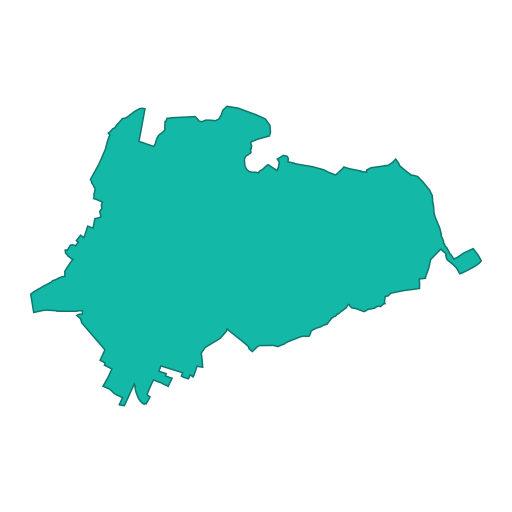 Teius, Alba, Romania
{"feature_id": "2599482B68392846868701", "entity_name": "Teius", "entity_type": "district", "adm_level": 2, "iso_a3": "ROU", "parent_name": "Romania", "parent_adm1": "Alba", "projection": "mercator", "projection_center": [23.717, 46.211], "detail": "fine", "context": "isolated", "style": "filled", "palette": "teal", "viewbox_px": 512, "rotation_deg": 0, "n_neighbors": 0, "source": "geoboundaries", "source_scale": "gbopen_adm2", "svg_char_len": 6004}
<svg xmlns="http://www.w3.org/2000/svg" viewBox="0 0 512 512"><path d="M124.4,405.7L129.8,393.8L132.5,387.9L134.3,384.0L134.7,384.6L135.3,389.5L136.3,393.1L137.6,396.3L138.0,397.5L139.3,399.6L141.0,401.9L142.4,403.2L144.2,404.3L145.5,403.3L146.2,403.8L149.2,398.5L150.0,396.8L148.3,395.7L147.1,394.6L147.3,394.0L149.1,389.5L150.6,386.0L152.0,382.9L153.7,379.8L154.1,379.9L155.2,380.6L157.1,381.4L158.7,382.1L159.9,382.4L160.7,382.6L162.0,383.3L164.0,384.4L165.2,385.0L166.5,385.3L166.8,385.5L167.3,385.9L168.1,386.4L172.1,378.2L165.4,376.0L166.3,373.8L166.2,373.6L165.1,373.2L158.9,371.3L159.0,371.0L160.9,366.0L165.3,367.3L177.0,371.0L182.6,372.7L181.4,376.2L182.5,376.7L183.7,377.3L188.4,378.8L188.5,378.8L190.1,375.1L192.0,375.6L192.0,376.2L192.3,376.6L193.0,377.0L193.8,375.7L196.0,369.3L197.0,366.3L202.7,367.2L202.1,359.7L201.3,352.9L205.3,347.4L220.4,338.2L226.5,331.1L226.9,329.0L242.2,341.2L248.2,346.3L249.2,349.0L252.3,351.6L256.8,347.2L258.3,346.1L259.8,345.6L267.6,345.5L273.2,345.4L278.0,346.6L279.9,345.7L284.7,343.8L285.4,343.0L288.2,341.6L296.7,338.3L300.4,336.8L303.7,336.1L307.3,336.4L309.3,336.1L309.9,334.9L310.6,332.9L311.0,331.5L311.2,331.0L312.1,330.3L315.8,328.4L318.7,327.4L321.1,326.7L323.1,325.4L325.0,324.8L326.9,324.3L327.3,324.0L328.0,322.9L329.1,321.4L330.0,320.3L330.6,319.7L330.7,319.3L331.2,318.7L331.8,318.1L332.9,317.6L333.7,316.8L334.1,316.4L334.9,316.3L335.5,316.0L336.5,315.3L336.8,314.4L337.0,314.0L337.3,313.9L337.8,314.0L338.3,314.0L338.6,313.8L339.5,312.9L340.5,312.0L341.8,311.1L343.7,309.7L344.5,309.1L345.3,308.4L345.9,308.1L346.7,307.2L347.4,305.6L348.4,304.6L348.8,304.4L349.2,304.5L349.6,305.1L349.8,305.8L350.4,306.5L350.9,307.0L351.3,307.5L352.1,308.0L352.8,308.0L355.0,308.4L356.6,308.8L359.7,310.0L360.6,310.3L362.5,311.1L364.1,311.6L365.8,310.8L367.0,310.0L368.5,309.2L369.4,309.0L370.1,309.1L371.2,308.9L371.7,308.7L374.4,308.2L374.7,308.1L375.5,307.5L375.8,307.2L376.8,306.8L377.5,306.4L378.2,306.2L379.3,306.1L379.8,306.5L380.3,306.6L380.8,306.4L381.3,305.9L382.3,304.9L383.9,303.8L385.0,303.6L384.4,302.8L384.6,301.6L385.1,296.4L387.8,296.0L388.5,295.5L389.5,294.6L390.4,293.5L391.4,293.0L394.5,292.5L396.5,292.0L401.8,291.0L403.4,290.7L407.8,290.0L411.7,289.6L415.5,289.0L419.5,288.5L419.6,285.4L419.6,283.5L419.3,279.0L425.5,278.3L425.5,278.1L425.4,277.7L425.7,276.8L426.1,274.9L427.0,273.2L429.0,267.3L430.5,260.0L431.2,259.0L440.7,249.2L445.8,253.6L446.3,254.9L445.8,255.5L446.7,259.0L447.7,260.2L453.0,264.5L456.4,267.9L459.8,273.8L461.4,273.4L469.4,269.3L473.9,266.9L479.0,263.5L481.3,260.9L478.4,255.5L473.2,248.6L463.7,253.0L457.0,257.6L453.8,258.9L450.7,254.2L449.6,253.6L449.3,252.3L446.7,247.6L444.8,245.6L444.6,244.1L443.7,243.4L443.5,241.0L442.7,239.2L442.5,238.4L441.7,237.1L441.1,235.1L441.2,233.7L440.9,233.7L440.7,231.7L439.3,226.8L438.3,224.8L436.7,220.7L435.6,218.3L434.0,213.1L433.6,206.6L432.6,201.1L432.5,198.1L432.2,195.2L431.4,193.9L429.8,190.4L429.0,189.2L428.1,188.4L426.8,186.6L425.3,184.8L422.6,181.5L421.2,180.2L418.1,176.9L417.3,176.4L415.2,175.8L412.9,175.2L411.8,175.3L411.1,174.9L406.1,171.2L402.2,167.9L399.7,165.7L398.4,162.7L397.1,161.2L395.7,159.1L392.3,162.6L388.3,165.3L370.9,167.8L366.7,170.0L366.7,172.0L361.6,171.8L361.6,171.2L349.3,168.7L343.8,167.0L342.1,169.1L335.6,175.0L331.4,173.3L329.3,172.7L323.8,169.8L312.6,166.7L304.6,165.4L294.1,163.5L294.1,163.1L287.9,161.8L288.4,158.6L287.2,156.3L283.4,155.4L277.3,159.1L279.2,162.1L278.5,167.1L278.1,167.9L277.1,170.6L268.5,164.9L267.4,164.9L262.5,169.4L259.3,171.3L258.3,173.0L255.7,172.2L252.1,172.2L249.2,171.6L247.2,169.9L245.8,167.9L245.0,166.1L244.4,160.5L244.6,158.7L245.3,157.0L246.2,155.9L246.9,155.5L250.0,153.5L251.0,152.5L250.5,148.9L251.2,148.8L251.3,147.2L251.7,146.5L250.8,143.2L250.8,142.6L251.6,141.7L258.9,138.7L259.5,138.7L269.4,136.0L270.5,132.1L270.0,125.6L265.4,119.0L256.2,114.8L238.1,108.1L227.0,106.3L222.8,110.3L221.3,114.8L219.0,118.9L215.6,120.7L210.8,120.2L205.9,120.1L201.8,121.7L199.2,121.1L195.3,116.6L174.3,117.6L170.7,117.9L170.6,118.0L167.0,118.3L165.9,121.5L165.1,121.4L164.8,125.9L164.9,129.7L163.6,131.4L158.7,135.3L157.2,137.7L155.7,141.8L155.2,144.1L153.7,146.4L139.0,141.4L143.1,119.0L145.0,108.8L142.3,108.3L139.7,108.6L137.9,109.7L136.1,110.6L133.9,111.9L133.3,112.5L132.2,113.3L130.0,114.9L129.4,115.5L127.6,116.8L125.9,117.8L125.0,118.2L123.9,118.4L122.9,118.4L122.0,118.8L121.7,119.5L121.2,120.1L120.1,121.4L119.2,122.3L117.6,124.0L116.9,124.7L115.0,127.6L113.8,128.3L112.7,128.8L110.6,131.1L110.0,131.8L108.3,133.1L109.1,134.1L110.0,135.1L109.0,136.8L108.1,139.2L107.1,142.6L106.6,144.6L105.9,146.9L105.5,148.8L105.1,149.9L102.6,155.6L101.7,157.8L100.2,161.2L98.6,164.7L97.6,166.5L96.1,169.2L95.3,170.7L90.4,179.5L91.0,180.4L91.6,181.8L91.9,183.4L93.3,185.0L93.7,186.1L93.9,187.0L94.8,187.8L95.0,188.5L95.0,189.4L94.6,191.6L94.3,192.9L93.8,194.9L94.1,195.4L94.2,196.0L93.9,197.5L93.6,198.6L96.3,199.4L98.0,200.1L100.2,201.1L102.5,202.3L101.3,205.2L101.9,208.4L99.7,211.5L101.0,216.8L99.5,217.5L97.9,218.0L94.9,218.6L93.0,228.2L87.7,226.1L85.2,234.0L83.9,237.6L80.6,235.2L76.4,240.7L78.4,242.3L75.4,245.9L74.7,245.4L73.3,245.0L72.4,244.9L71.6,244.9L70.5,245.1L70.2,245.5L67.2,250.4L66.1,249.9L65.2,250.0L65.1,250.5L65.5,251.2L65.4,252.1L65.5,253.0L66.3,253.9L67.1,254.3L67.4,255.2L68.3,256.3L69.7,257.2L71.0,258.5L71.9,259.1L72.7,259.2L73.0,259.5L71.7,260.8L70.7,262.2L67.5,267.0L64.8,271.3L64.9,276.4L63.5,276.5L61.9,276.8L59.7,277.6L58.2,278.3L56.9,279.1L53.9,280.3L52.4,280.8L52.0,281.5L51.6,281.9L47.2,284.3L44.2,285.7L39.9,288.3L37.5,289.6L35.5,290.8L33.5,292.1L30.7,294.1L33.7,312.5L42.7,310.5L46.2,310.1L56.1,310.7L56.9,311.2L76.9,311.3L77.8,310.8L82.5,310.8L82.4,314.1L79.4,314.2L78.2,314.6L76.8,315.4L80.6,318.8L81.7,322.8L104.9,349.8L100.1,360.3L104.7,362.6L105.1,362.9L105.1,363.4L104.4,365.2L111.9,368.9L108.3,376.8L103.0,386.3L109.1,388.9L110.7,390.1L114.2,393.5L116.3,394.8L122.6,397.6L119.9,403.3L119.3,404.2L119.4,404.9L124.4,405.7Z" fill="#14b8a6" stroke="#0f766e" stroke-width="1.5"/></svg>